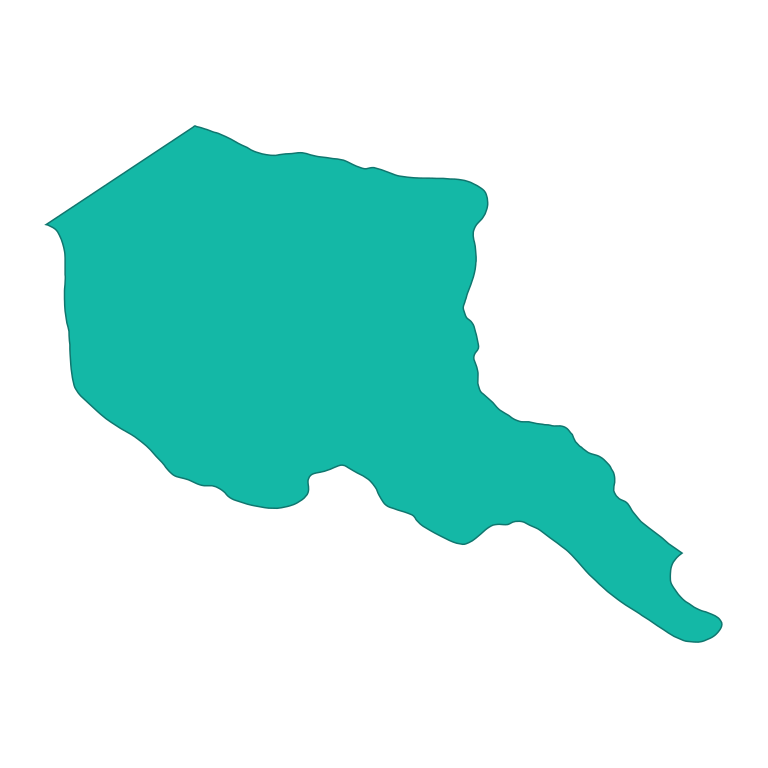 Myette Gardens, Micoud, Saint Lucia (Albers equal-area conic projection)
{"feature_id": "8701671B96600181049115", "entity_name": "Myette Gardens", "entity_type": "district", "adm_level": 2, "iso_a3": "LCA", "parent_name": "Saint Lucia", "parent_adm1": "Micoud", "projection": "albers", "projection_center": [-60.903, 13.818], "detail": "fine", "context": "isolated", "style": "filled", "palette": "teal", "viewbox_px": 768, "rotation_deg": 0, "n_neighbors": 0, "source": "geoboundaries", "source_scale": "gbopen_adm2", "svg_char_len": 6088}
<svg xmlns="http://www.w3.org/2000/svg" viewBox="0 0 768 768"><path d="M194.0,126.4L193.1,127.2L46.1,224.6L47.8,225.0L53.0,227.6L54.9,228.9L56.4,230.3L57.7,232.0L59.3,235.0L61.3,239.4L62.7,243.6L63.8,247.7L64.6,251.7L64.9,253.9L65.1,258.0L65.1,274.6L65.3,276.5L65.3,278.4L65.0,284.7L64.6,288.7L64.5,290.7L64.5,299.2L64.6,301.3L64.7,305.3L65.1,311.0L66.3,319.2L66.9,323.0L68.0,326.9L69.0,331.4L69.1,335.8L69.4,340.5L69.9,344.7L69.9,349.1L70.1,353.7L70.8,364.6L71.2,369.1L72.4,377.6L72.8,379.7L74.1,385.4L74.9,387.6L76.0,389.5L78.2,392.9L79.5,394.5L81.0,396.2L90.6,405.1L97.4,411.4L100.7,414.3L105.9,418.6L111.0,422.2L120.4,428.3L122.8,429.7L130.6,434.1L134.7,436.7L140.8,441.3L144.6,444.4L146.5,446.0L150.5,449.9L156.0,456.2L161.9,462.3L164.4,465.3L165.5,467.0L166.8,468.6L168.7,470.8L170.2,472.3L171.7,473.7L173.2,474.9L174.9,475.9L176.6,476.6L180.3,477.6L184.1,478.5L188.2,479.7L190.7,480.8L195.8,483.2L197.6,484.0L200.2,484.9L201.7,485.3L204.0,485.7L212.0,485.7L213.9,486.2L216.0,486.8L218.2,487.9L220.0,488.9L221.7,490.0L223.5,491.4L225.0,492.7L226.4,494.5L227.8,496.0L229.7,497.5L231.7,498.7L233.5,499.6L235.4,500.3L247.2,504.1L251.6,505.2L254.0,505.7L264.5,507.6L268.5,508.1L272.5,508.2L277.2,508.3L281.6,507.7L287.3,506.5L289.6,505.9L293.5,504.6L295.3,503.8L297.1,502.9L300.9,500.5L302.0,499.8L304.2,498.0L307.1,494.6L308.0,492.7L308.4,491.1L308.6,489.5L308.5,486.5L308.2,484.6L308.0,482.7L308.0,480.6L308.3,479.4L309.4,476.8L310.7,475.3L312.3,474.2L314.1,473.5L316.4,472.9L320.2,472.2L324.6,471.2L328.6,469.8L330.4,469.2L334.2,467.5L338.4,465.8L340.5,465.2L342.2,465.1L344.7,465.6L346.4,466.5L348.1,467.6L353.3,470.7L357.2,472.9L363.0,475.8L366.5,478.1L368.3,479.3L369.9,480.7L371.2,482.1L372.7,483.8L375.0,486.9L376.5,489.2L378.0,493.1L379.0,495.1L381.1,498.8L383.2,502.1L384.5,503.8L386.1,505.2L387.7,506.3L389.6,507.2L391.4,507.8L393.4,508.4L397.8,510.0L404.2,511.9L408.2,513.3L411.9,514.8L413.5,515.9L414.6,517.2L415.2,518.0L415.8,519.2L416.6,520.3L420.0,523.8L421.6,525.1L423.2,526.3L430.6,530.7L434.7,533.0L439.9,535.7L449.3,540.4L452.8,541.9L456.6,543.2L462.7,544.3L464.6,544.2L466.0,543.8L468.7,542.7L472.3,540.8L475.8,538.2L480.9,533.9L485.6,529.7L487.3,528.4L489.2,527.1L491.1,526.0L493.0,525.1L494.9,524.7L497.3,524.4L499.4,524.3L503.1,524.6L505.7,524.7L507.8,524.5L508.9,524.1L510.5,523.3L511.4,522.8L512.8,522.1L515.6,521.4L519.8,521.3L522.0,521.6L524.1,522.2L529.7,525.2L535.7,527.8L537.8,528.8L539.4,529.8L541.1,531.0L549.9,537.7L557.4,543.1L561.1,546.0L566.3,549.9L568.1,551.5L571.8,555.1L573.1,556.5L577.4,561.2L586.2,571.3L589.5,574.8L594.9,579.8L599.6,584.4L601.8,586.3L607.5,591.5L616.8,598.7L620.3,601.3L625.8,605.1L635.3,611.0L639.4,613.6L642.0,615.5L649.0,619.9L657.8,626.0L663.3,629.5L668.3,632.9L674.1,636.4L683.3,640.4L685.6,641.1L687.7,641.4L694.1,642.0L698.3,642.1L700.9,641.7L702.3,641.4L704.2,640.8L708.1,639.1L709.8,638.4L711.8,637.4L713.7,636.2L715.5,634.8L717.0,633.3L718.1,632.1L719.7,630.0L720.7,628.4L721.5,626.6L721.9,624.6L721.7,622.7L720.8,621.0L719.6,619.3L718.5,618.1L716.8,616.9L715.1,615.8L711.6,614.2L705.8,611.9L703.4,611.3L701.5,610.7L699.1,609.7L695.8,608.1L694.1,607.2L689.1,603.7L685.8,601.7L684.3,600.5L682.5,598.9L680.2,596.5L678.2,594.2L673.6,587.7L672.5,585.9L671.5,584.1L670.8,582.3L670.4,580.2L670.3,576.1L670.4,573.8L670.7,569.9L671.1,567.7L671.7,565.7L672.3,564.1L673.3,562.1L675.8,558.8L676.9,557.5L679.0,555.5L682.1,553.1L668.6,543.7L662.8,538.5L661.1,537.1L648.8,527.8L642.6,522.9L640.9,521.5L638.4,518.6L633.0,512.0L631.9,510.4L630.0,507.0L629.0,505.5L627.9,503.9L626.5,502.5L624.9,501.4L621.0,499.7L619.3,498.8L616.3,495.9L615.3,494.2L614.4,492.5L613.7,490.6L613.9,486.4L614.7,482.3L614.7,478.3L614.5,476.5L614.1,474.5L613.5,472.5L612.5,470.7L611.4,469.0L610.5,467.0L609.4,465.3L606.6,462.3L603.8,459.5L602.2,458.2L600.5,457.1L598.7,456.1L596.9,455.4L591.3,453.8L589.4,453.1L587.8,452.3L583.1,448.8L581.4,447.2L579.6,446.1L575.4,441.6L573.7,438.1L572.3,434.5L570.9,433.1L568.4,429.9L567.1,428.6L565.5,427.5L563.8,426.7L562.0,426.2L560.1,425.9L554.3,426.0L552.3,425.8L550.5,425.3L548.5,424.9L544.6,424.7L542.7,424.3L536.9,423.6L532.8,422.7L530.9,422.3L528.8,421.8L524.9,421.8L523.0,421.8L521.0,421.7L519.1,421.2L517.1,420.5L515.1,419.7L513.4,418.8L511.8,417.8L508.7,415.4L505.2,413.4L499.9,410.1L498.4,408.8L496.8,407.2L492.9,402.6L483.5,394.2L481.8,392.9L480.5,391.4L479.6,389.5L478.3,385.3L477.8,383.2L478.0,375.1L478.0,373.0L477.7,371.1L476.8,367.2L476.1,365.2L473.9,359.3L473.8,357.1L474.2,355.2L475.1,353.2L477.5,350.1L478.4,348.3L478.6,346.3L478.3,344.4L476.7,336.5L476.2,334.3L475.6,332.4L474.1,326.7L473.3,324.7L472.2,323.0L471.0,321.4L469.5,320.1L467.9,318.9L466.5,317.6L465.5,315.6L464.9,313.8L463.5,309.6L463.2,307.7L463.5,305.8L464.8,302.2L465.3,300.3L466.0,298.5L467.0,294.7L467.7,292.7L470.8,284.7L473.4,276.9L474.4,273.0L475.2,269.1L475.7,264.9L475.8,262.9L476.1,261.0L476.1,257.0L475.6,250.5L475.2,246.2L474.4,242.1L473.8,240.0L473.2,235.9L473.3,232.0L473.8,230.1L474.5,228.3L475.3,226.6L476.5,224.7L477.8,223.2L482.0,218.8L483.1,217.2L485.1,213.9L486.4,210.3L487.0,208.5L487.4,206.6L487.7,204.7L487.7,202.6L487.5,200.5L487.3,198.3L486.8,196.4L486.2,194.3L485.4,192.5L484.1,190.7L482.6,189.3L481.1,188.2L477.6,185.9L470.7,182.4L468.7,181.7L464.8,180.5L462.6,180.1L458.8,179.5L454.7,179.1L450.2,179.0L443.1,178.4L436.2,178.4L431.7,178.2L420.5,178.1L414.1,177.8L407.6,177.2L399.7,176.1L397.7,175.7L395.4,175.0L381.6,169.8L373.9,167.6L372.0,167.6L370.0,167.9L366.1,168.8L364.2,168.7L362.1,168.2L356.5,166.2L352.8,164.5L347.4,161.8L345.6,161.0L343.6,160.2L337.4,159.0L332.9,158.6L326.6,157.6L318.7,156.7L316.6,156.3L310.6,154.9L306.5,153.6L302.5,152.8L300.3,152.7L297.8,152.8L291.6,153.6L285.6,153.9L283.1,154.2L279.3,154.7L277.4,155.1L275.5,155.4L270.9,155.3L266.4,154.7L262.2,153.9L256.2,152.1L254.3,151.4L252.5,150.6L250.8,149.8L247.2,147.5L241.8,145.1L238.2,143.3L231.0,139.2L225.7,136.6L220.2,134.2L218.4,133.4L216.5,132.8L214.3,132.3L212.5,131.7L210.5,130.9L206.8,129.5L205.0,129.0L201.1,127.7L198.8,127.1L196.9,126.7L195.0,125.9L194.0,126.4Z" fill="#14b8a6" stroke="#0f766e" stroke-width="1.5"/></svg>